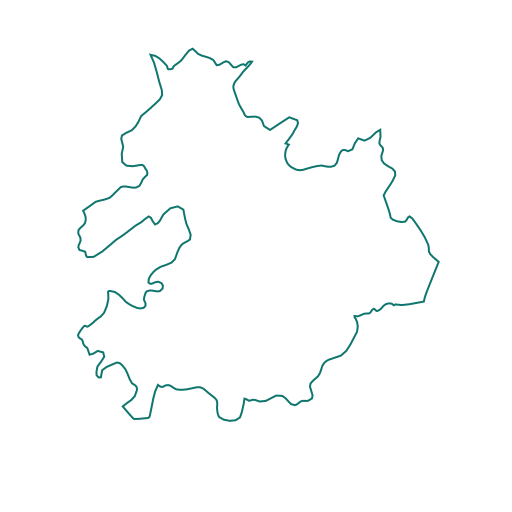 Hidalgo, Mercator projection, rotated 194°
{"feature_id": "MEX-2730", "entity_name": "Hidalgo", "entity_type": "State", "adm_level": 1, "iso_a3": "MEX", "parent_name": "Mexico", "parent_adm1": "", "projection": "mercator", "projection_center": [-98.728, 20.492], "detail": "fine", "context": "isolated", "style": "outline", "palette": "teal", "viewbox_px": 512, "rotation_deg": 194, "n_neighbors": 0, "source": "natural_earth", "source_scale": "10m", "svg_char_len": 6122}
<svg xmlns="http://www.w3.org/2000/svg" viewBox="0 0 512 512"><g transform="rotate(194 256 256)"><path d="M232.7,114.8L232.2,110.2L232.0,101.0L232.2,98.2L232.5,95.5L236.0,91.7L241.7,89.7L247.8,89.4L252.7,90.8L253.8,92.0L254.7,93.3L255.5,94.8L256.1,96.4L257.0,98.9L257.5,101.5L258.1,104.2L259.2,106.4L261.1,108.0L263.6,109.2L266.2,110.3L268.4,111.3L271.9,113.1L275.1,114.6L278.4,115.1L282.0,114.2L286.6,111.9L291.3,109.7L296.0,108.1L301.0,107.3L304.0,108.1L306.9,109.2L308.4,109.5L310.0,109.5L311.4,109.0L312.8,108.3L314.3,106.8L316.0,106.1L317.9,106.3L319.9,107.2L321.1,100.3L321.2,93.0L320.8,85.6L320.4,75.8L320.5,74.1L321.3,72.9L323.5,72.0L329.2,70.0L332.1,69.1L334.9,68.4L336.0,68.8L339.3,71.0L342.5,73.2L348.9,77.8L345.5,82.2L342.1,86.2L339.7,90.7L339.1,96.6L339.3,98.1L339.8,99.4L340.6,100.4L341.7,101.2L345.5,102.5L348.9,106.1L352.1,110.6L355.2,114.4L357.5,116.2L359.9,117.9L362.4,119.1L365.1,119.0L369.2,116.0L374.1,112.2L377.6,108.0L377.4,103.9L377.1,100.8L379.3,100.1L381.8,101.7L382.8,105.1L383.1,110.4L380.7,116.2L378.9,121.5L380.9,125.5L386.6,125.6L390.4,121.8L393.6,120.0L397.5,126.0L399.7,126.8L401.3,127.9L402.6,129.5L403.8,131.8L405.0,133.0L406.7,133.4L408.4,134.2L409.6,136.3L409.2,138.3L408.1,141.4L406.8,144.6L405.7,146.5L404.8,147.0L403.9,146.8L403.1,146.6L402.4,146.7L401.3,147.7L400.1,149.1L398.9,150.7L397.7,152.3L396.5,154.3L395.1,156.1L393.7,157.9L392.1,159.6L389.7,164.1L388.6,171.1L388.8,178.3L390.2,183.6L390.8,184.8L390.8,185.7L390.2,186.4L389.0,186.8L384.2,186.9L379.7,185.3L375.5,182.9L371.3,180.1L368.9,179.1L366.4,178.3L363.8,177.6L361.2,177.2L358.5,176.8L355.3,177.2L352.5,178.5L351.2,180.9L351.7,183.3L353.1,185.0L354.3,186.8L354.5,189.4L354.3,191.8L354.2,193.7L353.5,195.2L351.1,196.7L348.7,197.3L346.1,197.5L343.5,197.7L340.9,198.6L338.8,201.7L339.1,204.7L341.2,206.8L344.6,207.4L347.2,206.3L349.5,204.5L351.7,203.4L353.9,204.2L354.5,207.8L353.6,211.6L351.9,215.2L350.0,218.3L346.0,222.4L340.9,225.7L336.3,229.2L333.9,233.4L333.5,237.1L333.1,241.1L332.4,245.0L331.2,248.4L329.8,250.4L327.8,252.3L325.8,254.1L324.1,256.0L324.5,260.7L327.5,265.4L331.2,270.2L333.7,274.8L337.7,283.4L343.9,285.2L350.6,281.6L355.8,274.1L356.8,270.8L357.7,267.3L359.1,264.2L361.6,262.2L364.7,264.8L367.2,267.7L369.7,268.4L373.1,264.4L375.3,261.3L380.6,255.9L382.9,252.9L389.0,245.3L392.2,241.6L395.5,238.1L400.1,231.6L406.4,223.0L413.3,215.9L419.4,214.1L419.9,214.4L420.4,214.8L420.9,215.2L421.2,215.7L422.8,218.8L425.7,219.1L428.7,219.1L430.6,221.6L430.6,223.9L430.2,226.1L429.9,228.3L430.5,230.5L431.2,231.8L433.2,233.9L434.0,235.1L434.5,238.2L433.1,241.0L431.2,243.6L429.9,246.5L429.9,249.8L430.9,252.9L432.7,255.7L434.7,258.1L429.0,264.7L426.8,267.3L424.6,269.9L420.8,272.0L416.3,274.3L412.2,277.0L409.9,280.2L408.4,282.8L403.8,290.2L401.5,291.4L398.4,292.0L392.0,292.5L390.6,292.9L389.1,293.3L386.1,295.8L385.1,299.1L384.5,302.8L382.7,306.2L381.3,308.2L381.5,310.4L382.7,312.5L384.6,314.1L385.8,315.5L387.1,316.5L388.6,316.8L390.3,316.3L397.3,313.3L403.6,312.3L408.5,314.8L411.0,322.7L411.2,328.1L411.3,329.9L413.3,333.7L415.1,337.1L415.2,340.5L411.7,344.1L407.0,347.9L404.2,352.6L402.5,357.9L401.3,364.0L399.7,366.2L396.5,370.5L395.1,372.7L394.0,374.1L393.1,375.6L390.0,380.2L387.2,384.8L386.0,389.4L387.5,394.1L392.2,401.9L396.9,410.6L401.7,418.9L407.0,425.7L402.0,425.8L397.4,424.3L393.0,421.9L388.8,419.2L388.0,418.3L387.4,417.1L386.8,416.2L385.9,416.0L382.9,417.1L382.2,417.9L382.2,419.0L381.3,420.9L379.6,422.9L377.9,424.9L376.3,427.0L375.0,429.5L373.0,434.3L370.6,439.2L367.6,441.8L363.6,439.6L361.1,438.1L357.1,437.3L352.9,437.2L348.9,436.9L345.1,435.9L344.1,435.2L340.3,431.6L337.5,432.9L334.7,435.8L332.1,437.8L329.0,437.3L326.3,435.4L323.8,433.7L321.1,434.2L316.7,438.0L314.4,439.1L312.2,438.3L311.3,440.5L310.4,442.2L309.0,443.3L306.9,443.6L307.3,442.4L309.0,438.8L313.0,431.8L314.5,428.1L315.6,425.7L316.9,423.1L318.2,420.6L318.9,418.2L319.1,415.7L318.6,413.7L317.5,411.6L311.8,402.9L311.0,401.7L310.2,400.5L309.3,399.3L308.4,398.2L302.6,392.2L301.2,390.3L299.5,389.1L297.6,388.8L295.5,389.6L290.3,391.1L286.3,391.0L282.9,388.8L279.7,384.0L272.9,381.7L265.4,389.9L257.3,398.6L248.8,397.7L248.1,396.4L247.4,395.0L247.5,393.2L247.8,391.3L248.3,389.5L248.9,387.7L249.9,383.7L251.3,379.9L254.5,372.4L253.7,372.4L252.0,372.0L251.1,372.0L251.9,369.8L252.5,367.6L252.7,365.3L252.5,363.0L252.0,360.2L251.0,357.8L249.5,355.5L247.7,353.4L246.8,352.7L245.9,352.1L243.9,351.0L240.7,350.1L237.5,349.5L234.3,349.8L231.2,351.0L227.2,353.4L223.0,355.8L218.6,358.0L214.4,359.6L211.0,359.8L207.8,360.0L204.7,360.8L201.7,362.6L200.1,366.0L199.9,369.9L199.9,374.0L198.9,377.9L197.7,379.6L196.0,380.3L194.0,380.3L192.1,379.9L188.3,382.8L187.3,389.5L185.3,394.9L178.6,394.2L173.8,398.2L169.4,405.1L166.0,408.5L164.0,401.7L163.9,397.2L163.5,395.1L162.3,393.7L160.7,392.7L159.4,391.8L158.6,390.5L158.3,388.7L158.6,383.3L157.2,379.4L154.2,376.8L149.7,375.1L144.9,373.8L141.6,371.6L140.4,367.9L141.6,362.1L142.9,357.9L144.3,354.1L145.7,350.2L146.8,345.7L139.2,334.1L138.0,332.1L136.7,330.0L135.6,327.9L134.6,325.7L131.9,324.3L127.5,323.8L122.9,324.2L119.6,325.4L118.5,327.6L117.8,330.2L116.6,331.6L113.4,330.2L107.8,325.5L102.0,320.3L96.6,314.8L92.0,309.1L91.0,307.4L90.3,305.7L89.3,302.2L87.4,300.0L83.9,297.8L77.3,294.5L80.6,270.8L81.8,261.5L82.2,256.8L82.1,252.4L88.5,249.5L95.5,246.3L102.6,243.7L109.1,242.7L110.3,241.5L112.9,242.6L115.9,242.1L118.6,240.5L120.4,238.2L121.3,236.3L122.3,234.6L123.6,233.1L125.1,231.9L126.0,231.9L128.0,233.1L128.9,233.3L129.9,232.4L130.6,230.9L131.2,229.2L132.0,227.9L132.8,227.5L135.9,226.6L137.0,226.2L138.9,224.8L140.8,223.3L142.9,222.0L145.9,221.6L145.4,220.3L144.1,219.2L141.9,216.3L140.3,212.5L139.7,208.2L139.8,206.2L143.1,192.5L145.5,185.7L149.5,179.9L160.4,172.9L162.2,171.2L163.8,169.1L165.0,165.7L165.6,158.0L166.7,154.3L170.6,148.7L172.2,145.5L172.1,142.4L167.4,134.5L167.2,131.4L170.3,128.2L171.9,127.6L175.5,126.8L177.3,125.8L180.7,121.6L182.2,120.7L186.2,120.8L193.1,125.2L196.7,126.6L202.6,125.5L211.4,117.8L217.2,115.7L222.0,116.1L223.6,115.9L225.2,115.3L226.5,114.4L228.0,113.9L230.9,114.7L232.7,114.8Z" fill="none" stroke="#0f766e" stroke-width="2"/></g></svg>